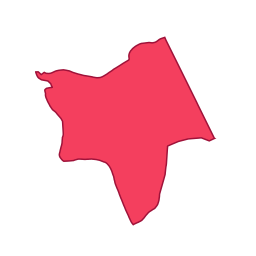 outline of Bakil Al Mir, Hajjah, Yemen, rotated 335°
{"feature_id": "15242507B36780035445887", "entity_name": "Bakil Al Mir", "entity_type": "district", "adm_level": 2, "iso_a3": "YEM", "parent_name": "Yemen", "parent_adm1": "Hajjah", "projection": "equal_earth", "projection_center": [43.292, 16.508], "detail": "fine", "context": "isolated", "style": "filled", "palette": "rose", "viewbox_px": 256, "rotation_deg": 335, "n_neighbors": 0, "source": "geoboundaries", "source_scale": "gbopen_adm2", "svg_char_len": 3327}
<svg xmlns="http://www.w3.org/2000/svg" viewBox="0 0 256 256"><g transform="rotate(335 128 128)"><path d="M75.6,42.2L71.9,42.9L70.7,39.9L70.3,39.1L69.5,38.8L68.1,38.2L68.0,38.5L67.9,38.8L67.7,41.4L67.7,41.7L67.7,41.8L67.7,42.1L67.7,42.4L67.7,42.9L67.8,43.6L67.9,44.2L68.4,45.4L68.5,45.5L69.2,46.6L69.9,47.7L75.2,51.5L76.7,55.2L76.5,57.4L76.7,58.5L76.5,59.1L75.9,59.0L74.7,58.5L70.9,57.6L69.0,58.1L68.4,59.0L67.8,62.0L67.1,63.2L66.7,64.7L66.5,66.1L66.5,66.6L66.5,67.5L66.4,68.9L66.4,70.6L66.5,72.1L66.6,73.6L66.6,75.1L66.9,76.8L67.1,78.2L67.4,79.6L68.0,80.8L68.7,82.1L69.3,83.6L69.6,85.0L69.8,85.8L71.3,91.1L71.5,94.3L68.0,103.2L67.1,105.4L66.4,106.9L65.4,108.1L64.6,108.8L64.0,109.9L63.3,111.1L62.6,112.4L61.9,113.7L61.1,114.8L60.4,115.7L59.5,116.7L58.6,117.8L57.8,118.8L57.0,119.8L56.2,120.9L55.4,121.8L54.6,122.9L54.1,124.3L54.1,125.4L54.0,125.7L54.3,127.1L54.6,128.5L55.1,129.9L55.8,131.0L60.5,132.9L61.9,133.4L64.7,134.4L65.0,134.5L65.9,134.5L67.2,134.7L68.5,134.9L69.6,135.1L70.6,135.5L71.7,136.1L72.9,136.7L73.8,137.2L75.0,137.9L76.3,138.5L77.4,138.9L78.4,139.3L78.5,139.4L79.6,139.8L80.8,140.3L81.9,140.7L82.3,141.0L83.0,141.4L84.0,142.0L85.0,142.6L86.1,143.3L87.1,144.1L88.2,144.9L89.2,145.8L90.0,146.7L91.0,147.7L91.8,148.6L92.7,149.3L93.4,150.3L94.0,151.5L94.4,152.9L94.8,154.2L95.0,155.9L95.1,157.2L95.1,157.7L95.1,158.7L95.1,160.2L94.9,161.7L94.7,163.3L94.6,164.6L94.5,166.0L94.1,167.6L93.7,169.1L93.5,170.5L93.1,172.0L92.9,173.4L92.8,174.9L92.7,176.4L92.6,178.1L92.6,179.8L92.5,181.3L92.4,182.8L92.2,184.3L92.1,185.8L92.0,187.3L91.9,188.7L91.9,190.1L91.8,191.6L91.7,193.2L91.6,194.8L91.5,196.3L91.5,197.9L91.4,199.5L91.3,201.2L91.3,202.8L91.3,204.1L91.3,206.1L91.3,207.6L91.2,209.2L91.2,210.7L91.2,212.1L91.2,213.7L91.3,215.3L91.6,216.6L91.9,217.8L92.8,217.7L93.9,217.7L95.2,217.7L96.4,217.7L97.5,217.8L98.6,217.7L99.6,217.7L100.8,217.6L101.8,217.4L102.9,216.9L104.0,216.5L105.0,216.0L106.1,215.4L107.2,214.8L108.4,214.3L109.6,213.8L109.7,213.7L110.7,213.3L111.7,213.0L112.8,212.8L113.9,212.7L115.1,212.5L115.9,212.4L116.1,212.3L117.2,212.3L118.4,212.1L119.4,211.6L120.4,211.1L121.5,210.5L122.4,209.9L123.1,209.3L123.3,209.0L124.2,208.1L124.9,207.2L125.1,207.1L125.8,206.1L126.6,204.8L127.3,203.8L128.0,202.5L128.7,201.2L138.4,190.0L141.9,185.9L144.3,181.9L145.5,179.9L146.5,178.4L146.7,178.2L147.6,176.8L155.0,163.3L155.5,162.6L155.8,161.9L156.1,161.3L156.5,161.1L160.4,161.2L168.1,161.5L177.8,163.3L179.5,163.9L190.3,167.9L196.2,174.0L202.0,174.0L201.9,173.9L201.1,136.6L201.1,134.1L200.3,97.8L199.5,64.5L199.6,61.4L199.4,61.4L197.1,61.1L195.1,60.9L193.7,61.0L192.8,61.2L191.6,61.5L190.3,61.7L189.0,61.8L187.5,61.5L186.5,61.3L185.6,60.9L183.2,59.4L178.5,57.9L175.8,57.0L174.0,56.8L171.8,56.9L170.2,57.0L168.9,57.2L167.6,57.5L166.4,57.8L165.4,58.1L164.5,58.6L163.2,59.1L162.4,59.6L161.4,60.3L160.7,61.0L160.0,61.8L159.2,63.1L158.6,64.8L158.3,65.8L157.8,66.4L157.2,66.7L156.3,66.8L151.3,67.3L145.4,68.1L142.0,68.5L139.8,68.7L137.8,69.2L134.2,69.7L131.8,70.2L129.1,70.5L126.5,70.7L124.1,70.5L121.2,69.4L119.8,68.5L117.9,67.2L117.0,66.4L112.8,63.5L110.1,61.7L107.7,59.7L105.7,58.1L101.6,54.4L99.0,51.5L96.3,49.5L94.1,48.0L92.7,47.5L91.0,46.9L89.4,46.4L87.1,45.9L86.0,45.8L83.2,45.8L82.7,45.8L82.3,45.8L80.7,45.6L79.2,45.1L76.8,43.8L76.2,43.0L75.6,42.2Z" fill="#f43f5e" stroke="#9f1239" stroke-width="1.5"/></g></svg>